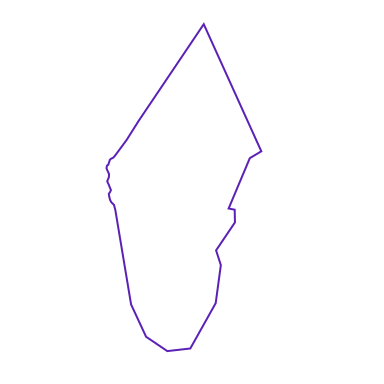 the district of Abiemnhom, Unity, South Sudan, rotated 304°
{"feature_id": "79223893B7237342620432", "entity_name": "Abiemnhom", "entity_type": "district", "adm_level": 2, "iso_a3": "SSD", "parent_name": "South Sudan", "parent_adm1": "Unity", "projection": "mercator", "projection_center": [29.064, 9.531], "detail": "fine", "context": "isolated", "style": "outline", "palette": "violet", "viewbox_px": 384, "rotation_deg": 304, "n_neighbors": 0, "source": "geoboundaries", "source_scale": "gbopen_adm2", "svg_char_len": 690}
<svg xmlns="http://www.w3.org/2000/svg" viewBox="0 0 384 384"><g transform="rotate(304 192 192)"><path d="M264.5,226.7L337.7,107.9L221.0,108.0L198.8,108.7L179.6,107.9L177.4,107.7L175.9,107.3L174.2,106.2L172.6,105.9L171.2,106.4L169.5,106.8L167.9,107.4L166.6,106.8L165.0,107.3L163.8,107.9L162.5,109.9L160.5,113.2L157.8,114.8L156.0,115.2L153.5,115.7L152.6,117.0L151.5,119.0L150.3,120.6L148.3,123.7L146.3,124.1L144.0,124.1L143.2,124.7L141.8,126.1L139.8,128.3L138.4,130.7L137.7,134.5L134.2,138.5L64.7,204.4L46.3,234.9L46.3,260.5L61.3,278.1L113.1,273.8L147.5,256.8L157.1,244.6L190.8,244.6L201.2,237.3L198.8,231.6L252.4,221.0L264.5,226.7Z" fill="none" stroke="#5b21b6" stroke-width="2"/></g></svg>